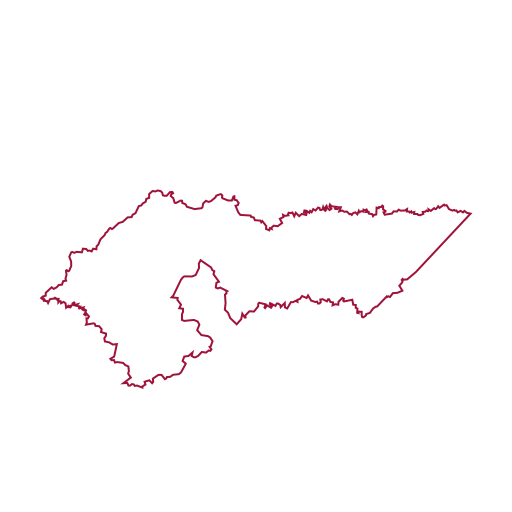 the district of Bu Gia Map, Bình Phước, Vietnam, rotated 51°
{"feature_id": "81297802B78542366840504", "entity_name": "Bu Gia Map", "entity_type": "district", "adm_level": 2, "iso_a3": "VNM", "parent_name": "Vietnam", "parent_adm1": "Bình Phước", "projection": "natural_earth1", "projection_center": [106.995, 11.949], "detail": "fine", "context": "isolated", "style": "outline", "palette": "rose", "viewbox_px": 512, "rotation_deg": 51, "n_neighbors": 0, "source": "geoboundaries", "source_scale": "gbopen_adm2", "svg_char_len": 6138}
<svg xmlns="http://www.w3.org/2000/svg" viewBox="0 0 512 512"><g transform="rotate(51 256 256)"><path d="M297.7,348.1L294.9,343.4L290.5,342.9L288.0,343.8L283.1,348.2L276.6,348.4L273.8,343.3L270.3,342.5L266.6,344.5L261.3,352.6L259.1,353.8L254.5,350.0L253.6,348.0L251.1,345.9L248.3,348.5L246.6,344.9L240.6,344.7L239.3,343.3L235.0,347.6L234.7,345.1L227.3,329.4L226.6,326.5L226.7,324.6L231.7,318.5L232.8,314.8L229.4,307.7L226.0,305.3L224.4,301.7L236.7,298.1L239.5,298.8L241.6,298.0L243.4,300.5L252.7,301.0L251.9,303.6L255.2,307.1L257.1,306.2L258.0,303.7L265.1,300.5L264.9,301.4L266.5,302.5L266.5,304.4L273.6,309.4L278.1,314.0L282.4,313.4L288.0,315.1L296.9,314.0L295.8,307.3L292.2,302.9L296.7,303.5L297.2,302.8L295.5,301.7L294.8,295.9L297.9,292.5L296.5,286.0L294.6,284.4L294.3,283.0L299.5,279.0L301.4,281.8L302.2,281.7L301.3,278.5L305.7,276.8L305.1,275.1L302.2,275.7L301.5,274.7L307.0,272.3L306.0,269.8L306.8,268.8L309.3,267.9L311.3,269.0L310.6,263.2L314.1,265.8L316.4,264.8L313.8,257.9L315.2,256.2L315.7,253.5L317.7,252.6L316.1,251.6L317.0,248.7L316.1,245.4L320.5,243.1L319.4,240.4L325.4,241.2L329.1,238.8L329.9,237.2L332.0,237.7L332.9,236.4L332.6,234.7L330.3,233.4L331.5,231.4L335.9,229.4L335.0,227.2L335.6,226.5L338.5,227.1L340.6,225.3L342.5,227.5L343.4,224.7L345.6,222.7L343.5,220.7L342.9,215.3L344.5,214.6L345.7,216.4L346.7,216.2L350.6,208.7L355.0,211.1L356.9,209.3L359.0,211.1L360.7,210.3L363.8,213.1L364.9,212.3L363.5,211.5L365.9,209.0L368.7,211.3L370.4,211.9L371.2,211.2L371.4,208.0L370.5,206.9L371.9,203.3L370.5,198.1L370.7,194.9L371.5,193.7L369.7,179.9L370.4,180.0L370.6,178.5L372.2,177.7L371.0,173.0L373.6,169.3L375.1,164.1L369.3,163.3L368.6,159.2L367.8,157.9L366.3,157.8L366.1,156.5L367.1,156.5L369.3,153.2L369.1,142.0L358.1,62.6L355.1,65.0L352.1,65.7L352.4,67.7L349.7,68.6L349.0,71.8L346.7,71.6L346.1,72.8L344.9,73.0L344.3,74.8L341.0,76.5L336.4,75.9L335.4,77.7L334.4,77.6L334.1,83.1L332.0,83.1L332.8,86.3L332.4,87.2L330.9,87.5L331.0,91.7L328.3,92.5L329.5,93.2L329.5,94.1L327.9,94.9L328.1,96.6L326.7,98.7L328.6,99.5L327.5,102.9L326.1,104.2L325.0,104.1L322.8,106.7L321.4,105.3L320.3,107.8L319.0,107.3L318.8,109.2L317.7,109.1L316.3,110.8L314.6,109.1L314.3,111.8L311.5,115.3L309.8,115.9L310.1,118.6L307.9,120.9L308.6,123.6L304.9,130.0L302.3,129.4L303.0,127.6L302.5,127.0L299.7,127.9L297.4,125.9L296.3,126.2L296.7,128.0L295.4,129.5L296.1,130.6L294.3,131.8L299.4,136.4L298.4,138.3L298.7,140.0L296.6,139.3L294.0,141.7L292.7,140.7L291.1,142.8L290.7,141.0L289.4,140.8L289.0,142.8L287.7,143.3L289.0,144.7L287.4,146.0L287.1,148.1L285.6,147.7L287.4,151.0L284.6,151.3L283.8,153.7L284.4,155.7L282.9,155.9L282.4,157.0L278.7,157.4L277.1,159.6L274.8,160.5L273.7,163.2L271.5,159.4L270.2,161.1L270.9,163.1L269.3,164.8L268.7,164.6L268.4,162.6L264.9,166.0L262.5,166.1L263.7,167.9L266.7,167.7L266.6,169.9L263.5,170.4L261.4,169.6L261.9,171.8L264.3,172.6L264.5,173.7L262.8,174.0L260.3,173.1L261.6,174.9L261.2,176.7L260.3,177.2L258.7,176.4L257.4,177.3L258.1,181.1L255.6,182.0L257.0,185.2L255.0,185.5L256.0,187.4L252.7,188.2L251.1,189.7L252.2,191.2L254.4,189.5L255.7,191.2L252.1,194.0L252.2,197.4L247.4,197.9L249.2,201.3L245.1,200.3L244.6,202.0L242.9,203.4L243.7,204.9L244.8,205.2L243.0,208.3L241.1,209.1L243.0,210.2L242.1,214.1L246.8,214.9L246.5,220.4L243.6,223.1L243.7,226.4L244.8,226.8L243.1,227.8L244.4,229.5L241.3,231.2L239.2,229.2L232.8,229.1L233.1,230.7L231.3,230.3L227.5,234.3L224.6,233.5L222.6,235.2L221.2,234.7L214.2,242.3L210.9,242.3L204.1,240.3L205.0,238.1L203.9,236.1L200.5,235.9L198.8,237.3L195.9,235.2L195.6,236.1L197.7,239.9L195.2,242.8L190.2,245.6L189.2,245.7L187.8,244.1L186.0,244.3L185.3,245.4L184.1,248.9L184.9,250.7L185.0,256.6L184.1,258.8L181.6,260.2L181.9,263.9L184.4,266.9L184.6,268.2L180.9,274.2L174.3,278.7L171.4,278.2L168.5,279.9L166.5,278.7L165.5,279.7L164.4,284.9L163.4,285.7L159.0,283.9L155.6,284.5L154.6,282.9L155.1,281.0L153.6,280.7L152.2,282.7L153.0,287.5L151.5,289.3L150.2,290.2L147.8,289.0L145.5,289.3L143.2,291.2L142.5,293.6L140.4,295.5L140.6,300.1L143.6,302.4L142.6,305.3L144.4,307.6L143.9,310.8L144.5,313.3L143.5,315.7L146.9,322.8L146.3,325.9L147.5,328.2L145.2,331.5L145.6,338.1L144.0,341.9L144.6,350.1L144.4,351.0L142.5,351.6L142.4,352.8L143.6,356.8L143.4,358.4L144.5,360.4L145.1,366.3L148.0,371.6L148.1,373.7L150.3,375.8L147.8,378.0L149.0,380.8L147.0,382.0L146.1,383.5L143.8,383.5L141.4,385.9L143.6,389.0L140.0,392.6L139.1,395.3L137.3,396.2L136.9,397.3L139.1,401.6L143.9,403.1L147.5,405.9L149.9,410.4L149.7,411.5L147.9,412.0L147.8,412.9L151.4,415.1L153.8,418.4L155.7,419.1L154.2,421.7L156.2,424.8L154.4,427.5L154.9,430.6L154.3,433.9L151.7,434.5L152.3,442.6L154.5,444.4L153.3,447.2L153.5,449.4L155.7,448.9L155.5,447.8L157.1,447.8L157.6,448.8L159.6,446.7L161.7,447.2L159.9,443.4L162.0,439.5L161.9,437.7L162.7,439.0L164.8,436.7L165.3,438.8L165.6,437.1L167.7,438.8L167.4,436.9L168.3,436.3L170.1,437.2L170.6,434.4L172.9,433.8L176.7,436.1L176.6,433.9L177.9,434.8L177.4,433.8L179.1,432.6L178.8,431.6L177.8,431.7L178.8,428.7L177.4,428.4L177.6,426.6L178.2,426.6L178.4,427.9L178.7,427.1L179.8,428.1L181.2,425.0L181.6,427.0L183.8,425.1L184.6,425.9L185.0,424.7L185.8,425.8L187.4,422.4L188.3,424.6L189.8,424.0L189.6,422.8L191.3,422.3L191.8,423.4L193.4,424.0L192.7,424.6L193.3,426.3L194.9,425.7L194.1,424.0L197.8,423.8L198.7,425.8L197.8,427.0L201.3,429.4L202.4,431.3L206.1,424.6L207.0,424.0L209.4,424.7L211.8,422.1L215.7,422.0L217.6,424.3L221.9,421.4L223.7,423.0L224.4,425.6L227.3,427.2L230.7,424.5L234.7,423.0L236.9,419.6L244.9,429.5L244.3,433.9L246.1,433.8L247.6,431.8L250.0,432.7L251.1,430.6L255.5,426.5L258.4,426.3L261.5,424.7L265.3,427.1L267.0,429.4L271.7,429.8L271.4,439.1L273.7,435.9L276.4,436.7L277.4,435.6L277.5,433.0L278.9,431.8L280.6,432.0L281.8,430.0L286.8,427.1L285.9,426.4L286.3,422.8L283.6,421.7L285.5,417.1L289.5,416.8L289.2,415.2L286.4,413.3L287.0,406.6L289.0,404.2L294.4,404.3L294.7,402.8L294.0,401.5L295.9,398.7L296.1,395.2L299.3,390.3L299.3,387.6L295.8,379.0L295.3,378.3L291.4,379.1L289.0,375.0L291.2,371.4L291.0,366.1L293.2,368.9L295.8,367.9L296.6,366.8L297.2,364.0L296.5,358.5L299.6,355.6L299.7,352.2L301.0,351.1L300.5,349.4L297.4,349.2L297.7,348.1Z" fill="none" stroke="#9f1239" stroke-width="2"/></g></svg>